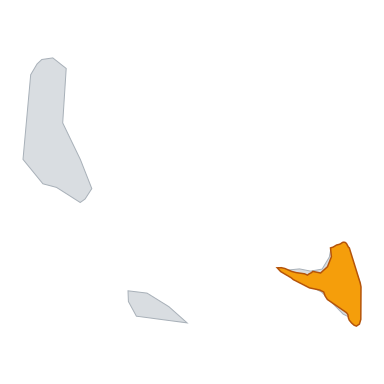 Comoros, with Andjouân highlighted
{"feature_id": "COM-4936", "entity_name": "Andjouân", "entity_type": "state/province", "adm_level": 1, "iso_a3": "COM", "parent_name": "Comoros", "parent_adm1": "", "projection": "mercator", "projection_center": [44.402, -12.222], "detail": "fine", "context": "in_parent", "style": "filled", "palette": "amber", "viewbox_px": 384, "rotation_deg": 0, "n_neighbors": 0, "source": "natural_earth", "source_scale": "10m", "svg_char_len": 1125}
<svg xmlns="http://www.w3.org/2000/svg" viewBox="0 0 384 384"><path d="M85.1,199.0L80.2,202.5L56.5,187.4L42.9,183.8L23.0,159.4L30.7,74.7L37.1,63.9L41.8,59.5L52.8,57.9L66.2,68.5L62.7,122.9L80.4,159.6L91.8,188.6L85.1,199.0ZM347.3,246.8L360.4,283.4L360.2,311.1L354.7,319.8L343.1,314.1L321.6,292.1L280.8,270.7L299.5,268.9L310.5,271.1L322.1,269.1L329.3,257.1L330.7,249.9L340.9,244.1L347.3,246.8ZM168.9,306.7L187.1,322.9L136.4,316.2L128.4,301.5L128.0,290.8L147.0,293.1L168.9,306.7Z" fill="#d9dde1" stroke="#a8b0b8" stroke-width="1"/><path d="M361.0,287.0L360.8,319.4L359.4,324.1L356.4,326.1L354.1,325.2L351.5,322.9L349.3,320.2L348.4,317.9L347.9,314.6L346.5,312.7L327.4,299.5L325.2,296.1L323.7,292.0L319.7,290.0L309.5,287.9L293.3,279.6L291.2,277.8L280.7,271.6L277.2,267.8L281.4,267.7L284.9,268.5L291.6,271.4L296.1,272.6L304.5,273.8L307.5,275.1L308.9,274.0L311.5,272.6L312.8,271.4L320.6,273.0L327.5,266.7L331.4,256.8L330.5,247.9L333.1,247.1L336.6,245.0L339.4,244.3L340.7,243.7L341.8,242.9L343.1,242.2L344.9,242.3L346.4,243.4L348.4,247.1L349.3,247.9L360.3,283.3L361.0,287.0Z" fill="#f59e0b" stroke="#b45309" stroke-width="1.5"/></svg>